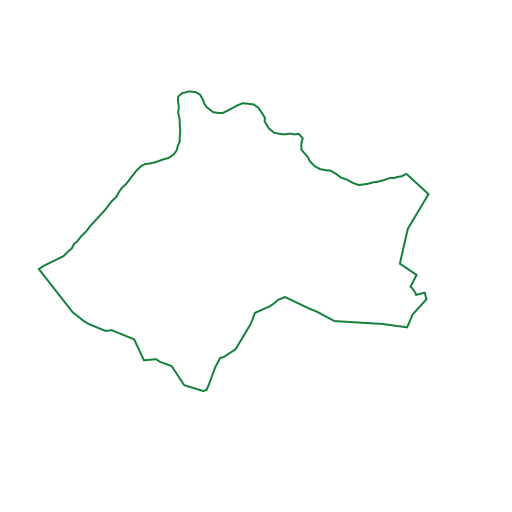 outline of Obot Akara, Akwa Ibom, Nigeria, rotated 38°
{"feature_id": "59680162B95147302907135", "entity_name": "Obot Akara", "entity_type": "district", "adm_level": 2, "iso_a3": "NGA", "parent_name": "Nigeria", "parent_adm1": "Akwa Ibom", "projection": "albers", "projection_center": [7.605, 5.256], "detail": "fine", "context": "isolated", "style": "outline", "palette": "green", "viewbox_px": 512, "rotation_deg": 38, "n_neighbors": 0, "source": "geoboundaries", "source_scale": "gbopen_adm2", "svg_char_len": 1921}
<svg xmlns="http://www.w3.org/2000/svg" viewBox="0 0 512 512"><g transform="rotate(38 256 256)"><path d="M297.6,394.9L299.5,391.9L297.9,386.0L292.4,368.8L290.5,358.3L292.6,355.9L297.3,342.0L294.7,321.1L293.6,312.5L290.2,301.5L297.2,288.4L297.4,288.2L299.3,282.7L300.4,277.1L304.1,270.5L331.4,264.4L337.4,262.6L357.9,259.0L397.2,231.9L419.0,219.2L415.4,205.5L417.0,185.2L411.6,181.0L408.4,185.0L406.1,188.1L404.5,187.0L402.1,186.2L399.0,185.3L397.5,185.0L396.6,185.0L394.2,172.1L374.1,173.5L358.9,141.1L353.9,101.1L325.2,98.7L323.9,98.8L323.5,99.7L321.6,103.7L318.7,106.7L316.7,109.7L313.8,111.7L311.8,114.8L309.9,117.7L306.0,122.7L303.1,125.7L299.2,130.8L296.3,133.8L293.3,136.8L287.4,138.8L280.5,139.9L277.2,141.0L274.7,141.9L268.7,142.0L261.8,143.0L258.9,145.0L253.0,148.1L247.1,149.1L243.5,148.6L240.2,148.2L236.2,146.2L231.3,145.3L226.4,144.3L222.4,139.4L220.3,134.4L214.6,133.5L214.4,133.4L211.5,136.5L207.6,138.5L203.7,142.5L200.7,144.5L194.8,147.6L187.9,147.6L180.0,144.7L178.0,141.7L173.1,139.8L167.1,137.8L161.2,137.9L154.4,141.9L151.4,143.9L148.5,148.9L144.6,157.9L144.2,158.8L141.7,163.9L138.8,166.0L133.9,169.0L126.0,169.1L122.1,168.1L117.1,165.1L112.2,163.2L107.2,164.2L102.3,167.2L97.5,173.3L96.5,178.3L98.5,181.2L103.5,186.2L105.0,188.6L106.5,191.1L111.5,195.1L115.5,200.0L118.5,203.0L122.5,209.0L125.5,212.9L126.5,216.9L128.5,221.9L128.6,226.8L126.6,232.8L122.8,237.9L119.8,242.9L117.2,246.3L115.9,247.9L112.0,251.9L110.1,255.9L109.2,262.9L109.2,268.9L109.3,273.9L109.3,278.8L108.4,284.8L108.5,288.8L109.5,295.8L108.6,301.8L108.6,305.3L108.6,306.8L108.7,312.7L106.9,334.8L107.0,336.7L107.0,341.7L106.1,347.6L106.1,354.6L105.2,358.6L106.2,363.6L105.3,367.6L104.4,374.6L94.7,394.6L93.0,400.0L133.7,410.1L146.2,413.2L159.4,413.3L166.1,412.6L183.5,407.7L188.0,403.3L211.3,396.7L231.9,407.2L240.7,398.9L245.6,398.5L257.4,394.7L278.9,402.0L297.6,394.9Z" fill="none" stroke="#15803d" stroke-width="2"/></g></svg>